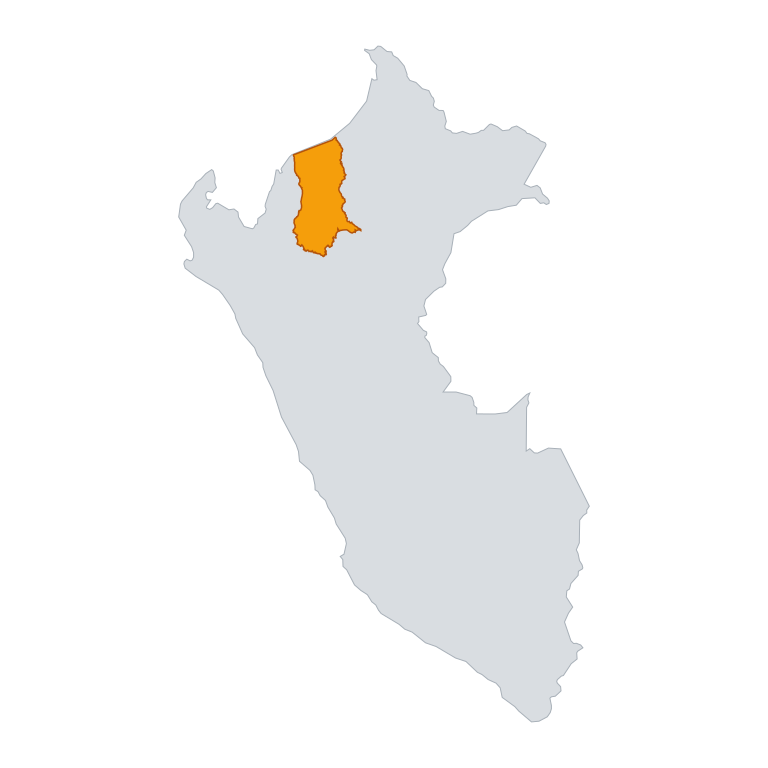 location of Datem del Marañon, Loreto, Peru
{"feature_id": "86281439B19525046252167", "entity_name": "Datem del Marañon", "entity_type": "district", "adm_level": 2, "iso_a3": "PER", "parent_name": "Peru", "parent_adm1": "Loreto", "projection": "robinson", "projection_center": [-76.806, -4.129], "detail": "fine", "context": "in_parent", "style": "filled", "palette": "amber", "viewbox_px": 768, "rotation_deg": 0, "n_neighbors": 0, "source": "geoboundaries", "source_scale": "gbopen_adm2", "svg_char_len": 9563}
<svg xmlns="http://www.w3.org/2000/svg" viewBox="0 0 768 768"><path d="M549.2,200.9L549.0,203.4L546.3,204.5L543.8,202.8L540.3,203.4L534.9,197.8L522.0,198.6L516.3,205.2L507.8,206.6L498.5,209.6L487.9,210.9L471.4,221.3L467.6,225.5L460.1,231.6L454.0,233.7L450.9,252.6L444.9,263.6L442.5,269.7L445.8,278.8L445.7,283.3L442.3,286.9L439.6,287.3L433.9,291.2L425.5,299.5L423.9,306.0L426.7,314.4L425.7,315.4L418.7,317.0L418.9,321.7L417.5,323.5L423.3,330.3L426.6,331.9L426.8,333.6L426.3,335.3L424.9,336.1L424.8,337.6L429.1,342.6L432.2,352.7L438.3,357.6L438.4,360.9L440.2,364.1L443.4,366.5L450.8,376.6L450.9,381.3L443.1,392.0L456.0,392.0L470.1,395.7L472.1,397.4L473.8,402.3L473.9,405.4L476.8,408.0L476.5,413.9L495.1,414.0L507.1,412.5L526.7,394.5L529.8,393.0L528.1,396.9L527.9,399.8L528.9,402.9L526.6,407.3L526.2,451.1L529.8,448.7L534.3,452.9L537.6,453.1L548.4,448.1L560.7,448.9L589.3,506.2L586.7,510.1L586.8,513.0L583.3,515.5L579.7,520.1L579.3,542.9L576.3,549.8L578.0,553.4L579.5,560.6L582.1,564.9L582.8,567.7L582.5,568.8L578.4,571.3L578.1,575.4L570.9,583.5L569.5,589.0L566.8,590.8L566.3,597.0L572.7,607.1L568.5,613.1L564.5,622.0L570.9,640.8L573.6,643.5L576.4,643.3L580.7,645.0L582.9,647.8L577.6,651.3L576.7,652.9L577.1,659.0L571.2,663.7L563.4,675.5L561.3,676.1L557.4,679.6L556.7,681.4L557.3,683.1L560.6,686.6L561.0,690.9L555.3,696.2L551.4,696.8L549.9,698.2L551.4,705.5L551.4,708.8L550.2,712.6L547.3,716.8L539.0,721.2L531.5,721.9L518.8,711.1L514.8,706.6L502.2,697.4L500.2,687.8L496.0,683.1L488.2,679.6L482.1,674.6L477.4,672.3L466.0,661.5L455.5,658.0L436.1,646.5L425.5,642.8L412.1,632.1L404.8,629.2L398.9,624.2L381.2,613.6L378.5,610.2L375.8,605.0L371.8,601.8L367.4,594.7L360.8,590.4L354.5,584.9L346.7,569.8L343.0,566.4L342.8,559.6L340.2,556.4L344.0,554.2L346.4,543.6L345.2,538.2L336.2,524.0L334.4,518.0L327.9,507.1L325.5,500.5L320.2,495.7L318.0,491.6L315.1,489.8L314.9,484.8L312.9,475.2L310.0,470.4L299.5,461.3L298.5,451.5L296.2,444.7L281.5,417.1L273.1,390.5L265.9,375.8L263.0,367.3L262.8,362.7L257.4,354.9L254.6,347.7L242.7,333.9L235.8,318.5L234.9,313.9L230.2,305.5L222.6,294.5L218.8,290.1L196.0,276.5L185.2,268.2L183.9,264.0L184.4,261.5L186.8,259.2L190.1,260.9L192.1,260.2L193.6,257.2L193.6,252.6L191.6,246.7L184.3,235.3L186.2,230.2L178.7,217.0L180.5,204.1L182.1,200.9L193.2,187.9L196.2,182.3L201.0,178.9L205.8,173.6L211.7,169.6L213.3,171.0L215.1,177.9L214.8,182.6L216.4,187.7L212.4,192.4L208.0,191.4L206.3,192.6L205.6,194.8L206.4,198.3L207.5,199.8L210.8,199.9L206.4,206.8L206.7,208.1L209.8,209.4L212.7,207.6L215.8,203.7L217.7,203.2L228.9,209.8L234.0,209.0L238.0,212.1L238.5,217.0L244.1,226.5L252.4,228.8L253.8,228.0L255.7,224.5L257.5,223.9L257.9,218.6L265.1,213.0L266.2,209.2L265.1,206.4L265.3,204.3L269.5,191.7L270.8,190.5L272.1,186.4L273.7,184.0L276.2,170.0L278.2,170.0L280.0,173.4L282.3,172.5L281.1,169.4L281.4,168.2L289.4,157.0L292.0,154.6L330.5,139.2L349.7,123.3L366.6,101.1L371.9,78.7L373.9,80.2L377.1,79.7L376.0,70.6L376.8,66.3L376.6,65.0L371.4,59.6L369.2,53.7L364.6,50.4L364.8,49.1L369.7,50.3L374.1,49.8L377.9,46.1L380.7,46.4L387.0,51.5L391.7,51.9L393.2,55.6L397.7,58.2L404.2,66.0L407.1,74.4L406.9,76.0L409.8,80.4L416.0,82.5L422.3,88.7L428.8,90.6L431.6,96.3L433.4,98.1L434.3,101.3L433.3,105.1L434.2,107.1L439.0,110.4L443.1,110.5L444.0,112.1L446.3,121.4L444.8,126.1L445.3,128.7L450.7,130.9L452.3,132.9L456.5,133.4L462.6,131.4L470.1,134.2L475.9,133.2L478.5,132.4L481.2,130.4L483.5,130.4L489.4,124.5L491.0,124.0L497.3,126.7L502.6,130.7L509.2,129.9L511.9,127.4L516.6,126.0L525.2,131.0L527.0,133.4L529.4,133.8L538.5,138.8L540.2,140.8L545.0,142.7L546.0,144.3L545.7,146.1L524.1,184.2L530.8,187.3L537.0,185.4L540.2,187.9L542.6,194.1L547.5,198.2L549.2,200.9Z" fill="#d9dde1" stroke="#a8b0b8" stroke-width="1"/><path d="M342.0,180.5L342.9,180.0L344.3,179.0L345.0,178.7L344.8,177.6L344.5,177.4L344.4,176.9L344.1,176.5L344.4,176.2L344.9,176.1L345.3,175.8L345.9,174.8L345.3,174.4L344.5,173.3L344.5,172.9L344.1,172.9L344.2,171.4L344.0,171.1L344.0,170.2L343.6,170.1L343.9,169.4L343.8,168.6L343.4,167.6L343.0,167.4L342.8,166.8L342.5,166.6L342.4,165.9L341.9,165.5L342.0,164.8L341.6,164.6L341.7,164.0L341.9,163.4L341.6,163.4L341.0,164.0L340.6,163.4L341.0,163.2L341.1,162.9L341.1,162.7L340.7,162.4L340.7,162.0L341.2,161.6L340.2,160.6L339.9,160.0L340.5,159.5L341.1,158.6L341.2,157.5L341.1,156.1L341.4,155.5L341.6,154.9L341.2,154.5L341.1,153.9L341.1,153.3L341.4,152.7L341.5,152.1L341.7,151.8L342.3,151.5L342.3,150.5L342.6,149.8L342.6,149.2L342.3,148.6L342.2,148.2L341.4,147.9L340.7,145.7L340.2,145.6L339.7,145.2L340.1,144.9L340.0,144.1L339.6,143.8L339.4,143.9L338.9,142.9L338.3,142.5L338.4,142.2L337.7,141.6L337.3,140.7L336.9,140.6L336.8,140.3L336.5,140.4L336.3,140.3L336.2,140.0L336.1,139.9L336.2,139.4L336.2,138.1L335.9,137.7L335.3,137.3L335.2,137.3L332.0,140.2L295.2,154.2L293.6,154.8L293.5,155.0L293.4,155.4L293.7,156.2L294.2,156.9L294.3,158.1L294.1,158.6L294.4,159.2L294.2,159.7L294.5,161.7L294.7,162.4L294.6,166.1L294.7,167.3L294.6,169.4L294.8,171.1L295.1,171.7L295.2,172.2L295.5,172.4L295.7,173.1L296.3,174.0L296.7,174.3L296.8,174.7L296.6,175.1L296.7,175.3L297.5,175.8L298.3,176.4L299.0,178.2L299.8,178.3L299.9,178.7L299.8,179.3L299.8,179.7L299.9,180.2L299.8,180.6L299.9,181.4L299.7,181.8L299.6,182.4L299.0,183.1L298.8,184.1L299.2,184.7L299.5,185.5L300.2,185.8L300.5,186.2L300.5,186.4L301.0,187.2L301.7,187.7L301.5,187.8L301.5,188.3L302.3,189.9L302.5,190.8L302.4,191.7L302.5,193.3L302.1,196.1L301.6,198.0L301.2,200.5L300.9,201.5L301.6,205.7L301.5,206.6L301.6,206.8L301.5,207.8L300.8,210.0L300.3,210.2L300.1,210.5L299.1,210.6L299.1,211.1L298.7,211.4L298.9,212.4L298.5,212.8L298.6,213.3L298.5,213.7L298.3,215.0L298.1,215.5L297.4,216.6L297.0,216.6L296.7,216.8L296.2,217.7L295.4,218.2L294.9,218.7L294.8,219.1L294.5,219.3L294.3,219.7L294.1,220.3L294.3,221.2L294.1,221.5L294.1,222.3L294.0,222.7L294.2,223.0L294.2,223.6L294.8,224.7L294.9,225.3L295.2,225.8L295.0,226.2L295.3,227.3L295.0,227.5L294.4,228.7L293.1,230.3L293.1,230.5L293.5,230.6L293.6,231.2L293.4,231.5L293.2,232.3L293.4,232.5L293.7,232.6L293.9,232.3L294.2,232.7L294.8,232.7L295.0,233.0L295.1,233.4L295.7,234.1L296.6,234.3L296.9,234.7L297.0,235.0L297.4,235.2L297.1,235.6L296.9,236.2L296.6,236.5L296.3,236.6L295.9,237.0L296.2,237.6L296.9,238.0L297.2,238.5L297.4,239.0L297.4,239.6L297.7,240.1L297.7,240.3L297.8,241.7L297.6,241.9L297.3,242.9L297.1,243.3L297.3,244.3L297.6,244.4L298.1,244.2L298.5,244.8L299.2,245.0L299.6,245.4L300.2,245.7L300.4,246.1L300.6,246.3L301.1,246.1L301.4,245.3L301.8,244.9L302.1,245.3L302.3,245.4L302.5,245.8L302.8,246.1L303.1,246.3L303.7,248.0L304.0,248.3L304.0,248.7L303.6,249.1L303.5,249.6L304.0,249.9L304.6,249.6L305.0,250.1L305.0,250.7L305.5,250.8L305.8,251.0L305.9,250.7L306.3,250.9L306.6,250.9L306.8,250.4L307.9,250.1L308.1,250.6L308.7,250.9L309.0,251.5L309.5,251.3L310.5,251.5L310.9,251.3L311.1,251.8L311.4,251.8L311.7,251.6L311.9,251.3L312.2,251.4L312.5,251.1L312.6,251.6L313.1,252.1L313.3,252.4L313.4,252.6L313.8,252.5L314.2,252.8L314.7,252.2L315.4,252.2L315.5,252.4L315.4,252.6L315.6,252.7L315.5,252.9L315.9,253.2L316.4,253.1L316.7,253.4L317.0,253.3L318.0,253.8L318.2,253.6L318.5,253.6L319.1,253.7L319.6,253.9L319.9,253.7L320.1,253.8L320.4,254.5L320.9,255.0L321.3,255.2L322.1,255.4L322.7,255.8L322.8,256.1L323.1,256.4L323.4,256.5L323.6,256.3L324.4,255.9L324.3,255.1L324.5,254.8L324.8,254.8L325.0,254.6L325.6,254.8L325.8,254.8L326.2,254.6L326.1,254.4L325.7,254.2L325.7,253.6L326.1,253.3L326.0,253.1L326.0,252.7L325.4,252.8L325.2,252.7L325.2,252.1L325.0,251.9L325.1,251.6L325.4,251.4L326.0,251.4L326.2,251.1L325.4,250.1L325.0,249.2L324.9,248.8L325.0,248.2L325.4,248.1L325.5,247.6L326.5,246.7L327.5,245.5L327.8,245.3L328.0,245.3L328.0,245.5L327.8,245.8L327.8,246.0L328.1,245.9L328.3,245.6L328.7,245.8L328.9,246.6L329.7,247.3L330.0,247.2L331.1,246.1L331.6,246.3L331.7,246.2L331.7,245.7L332.1,245.5L332.2,245.3L331.9,244.7L332.2,242.7L332.4,242.5L332.9,241.5L333.4,241.9L333.8,241.6L333.8,241.1L333.4,240.7L333.6,240.2L333.6,239.5L333.3,239.2L333.2,238.4L332.9,238.3L332.9,237.6L333.2,237.4L333.4,237.1L333.5,237.0L334.1,237.7L334.3,237.8L335.6,238.0L336.0,237.9L335.8,237.1L335.4,236.0L335.5,235.7L335.9,235.6L336.1,235.3L336.1,234.8L335.9,234.2L336.4,233.6L336.5,233.0L336.9,232.4L338.0,231.5L338.0,229.9L337.8,229.6L337.7,229.1L337.8,228.7L338.1,229.3L338.6,229.8L338.7,230.5L338.6,230.9L338.9,231.1L339.3,231.1L340.5,230.4L341.6,230.3L342.3,230.1L344.2,229.9L346.6,229.8L347.8,230.4L350.3,232.3L351.2,232.7L351.8,232.9L352.5,232.9L353.2,232.4L353.7,232.1L354.5,232.1L355.2,232.3L355.2,229.9L355.5,230.1L355.9,230.8L356.2,230.9L357.4,230.2L359.0,229.8L359.4,229.8L360.8,230.6L360.8,229.6L360.6,229.3L359.1,228.4L358.1,228.3L357.8,227.7L356.9,226.9L355.0,225.9L354.6,225.5L353.7,224.5L352.3,223.7L351.7,222.3L350.3,223.0L349.9,222.6L349.3,221.4L348.0,221.7L347.1,221.0L347.0,220.6L346.9,219.9L347.3,218.2L346.9,217.7L346.2,217.5L345.9,217.1L346.1,215.2L345.5,214.7L344.5,213.0L344.6,212.9L345.1,212.9L345.1,212.7L344.2,212.4L344.0,211.8L343.8,211.6L342.9,211.3L342.3,210.0L342.1,209.1L341.6,208.3L341.5,207.9L341.7,207.4L342.3,207.0L342.5,206.6L342.1,205.8L342.2,205.4L342.9,204.8L342.8,204.4L342.9,204.0L344.4,202.8L345.0,202.2L345.2,201.5L345.1,201.1L344.6,200.3L344.6,199.5L344.8,199.2L344.1,198.8L343.5,198.2L342.5,198.0L342.5,197.7L343.0,197.3L343.0,197.2L342.0,196.6L341.8,196.4L341.4,195.3L341.4,194.8L341.2,193.9L339.8,192.3L339.7,191.7L339.1,190.8L338.8,189.6L339.0,188.1L339.0,187.4L339.1,187.2L339.8,186.8L340.2,185.6L340.0,184.3L340.5,184.0L341.3,184.0L341.8,183.4L341.8,183.1L341.6,182.7L341.7,181.9L341.8,180.8L342.0,180.5Z" fill="#f59e0b" stroke="#b45309" stroke-width="1.5"/></svg>